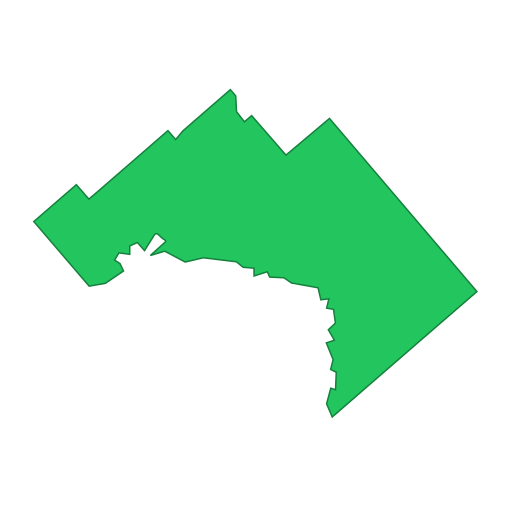 outline of Riley, Kansas, United States of America, rotated 139°
{"feature_id": "52423323B78977579419927", "entity_name": "Riley", "entity_type": "district", "adm_level": 2, "iso_a3": "USA", "parent_name": "United States of America", "parent_adm1": "Kansas", "projection": "orthographic", "projection_center": [-96.639, 39.305], "detail": "fine", "context": "isolated", "style": "filled", "palette": "green", "viewbox_px": 512, "rotation_deg": 139, "n_neighbors": 0, "source": "geoboundaries", "source_scale": "gbopen_adm2", "svg_char_len": 969}
<svg xmlns="http://www.w3.org/2000/svg" viewBox="0 0 512 512"><g transform="rotate(139 256 256)"><path d="M112.6,84.2L110.3,311.6L167.2,312.5L167.2,364.8L176.7,364.9L176.0,377.7L166.3,390.1L166.2,398.4L178.9,398.4L229.0,398.4L240.2,396.6L240.2,408.4L253.8,408.4L335.3,408.5L344.8,408.6L344.8,427.7L401.1,427.8L401.7,342.7L387.6,334.2L365.8,331.6L363.6,339.5L365.4,345.7L357.4,348.3L350.2,340.1L344.7,346.4L336.7,344.0L336.6,333.2L317.8,338.9L316.6,338.2L315.7,336.9L315.2,331.5L314.6,328.7L314.2,327.5L314.4,326.5L315.0,326.1L316.4,326.1L335.4,325.7L321.7,319.5L313.4,297.9L296.9,289.2L274.6,264.5L273.1,255.9L265.5,248.1L270.6,242.2L257.8,236.7L259.5,231.1L249.2,221.2L246.9,212.3L230.0,191.3L235.8,180.4L229.1,175.9L236.9,170.3L232.5,164.9L240.1,153.3L249.8,152.9L252.1,141.0L259.9,144.3L265.8,127.2L274.1,121.4L271.7,115.6L283.7,102.9L286.3,107.2L299.7,98.1L304.1,84.5L303.6,84.5L189.6,84.4L112.6,84.2Z" fill="#22c55e" stroke="#15803d" stroke-width="1.5"/></g></svg>